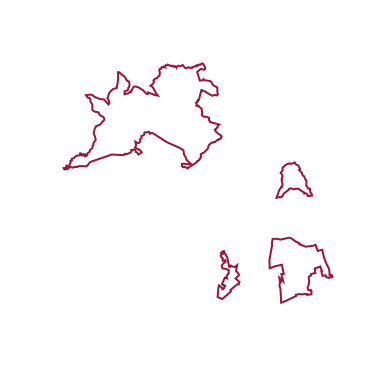 the district of Zimatlán de Álvarez, Oaxaca, Mexico, rotated 69°
{"feature_id": "50627088B8941621819676", "entity_name": "Zimatlán de Álvarez", "entity_type": "district", "adm_level": 2, "iso_a3": "MEX", "parent_name": "Mexico", "parent_adm1": "Oaxaca", "projection": "mercator", "projection_center": [-97.013, 16.759], "detail": "fine", "context": "isolated", "style": "outline", "palette": "rose", "viewbox_px": 384, "rotation_deg": 69, "n_neighbors": 0, "source": "geoboundaries", "source_scale": "gbopen_adm2", "svg_char_len": 5969}
<svg xmlns="http://www.w3.org/2000/svg" viewBox="0 0 384 384"><g transform="rotate(69 192 192)"><path d="M76.4,135.6L75.5,136.6L76.2,138.2L75.7,138.9L76.1,140.4L75.5,141.2L75.9,141.8L75.6,142.2L76.3,142.8L75.4,143.5L75.9,146.0L75.5,146.7L75.9,147.1L76.1,148.0L75.5,148.5L75.4,149.5L74.2,150.7L74.4,153.0L73.5,154.1L70.1,155.2L70.4,157.1L69.3,159.4L69.6,161.3L70.0,161.6L69.5,161.6L68.8,162.3L69.2,163.1L68.9,163.6L68.2,163.7L68.1,164.5L67.0,165.0L67.1,166.1L64.3,169.2L64.9,170.2L64.2,171.1L65.1,172.8L65.5,172.7L64.9,173.4L65.5,173.8L64.6,175.6L65.9,176.9L65.6,178.0L66.7,179.0L69.4,179.3L69.9,179.8L71.0,180.1L71.8,180.9L72.2,182.6L73.2,183.9L73.1,186.1L74.0,188.1L75.4,188.0L76.6,188.9L78.0,192.6L78.8,191.7L81.0,190.9L86.7,190.2L89.8,189.3L87.5,193.0L86.7,193.4L83.3,197.4L84.4,197.7L84.7,198.4L83.8,199.5L78.8,201.6L78.0,202.6L75.5,204.1L73.2,207.0L72.8,208.4L73.8,210.2L75.3,211.5L75.5,212.3L76.7,212.9L76.4,214.6L77.1,216.2L76.5,220.0L73.9,218.9L74.0,216.4L73.2,214.6L72.2,214.4L71.5,213.2L70.0,212.1L67.1,211.3L66.0,211.4L65.0,212.6L64.1,213.0L60.4,213.5L53.8,217.4L53.7,218.1L60.6,220.7L67.9,225.0L67.6,229.0L69.5,233.3L71.7,235.3L74.1,237.3L75.5,236.9L79.3,237.2L80.4,238.6L74.1,241.0L71.8,245.2L68.4,248.7L65.9,250.2L64.7,251.6L63.6,256.3L66.4,255.6L67.4,254.2L68.5,253.6L71.4,254.4L74.3,253.8L75.7,254.0L79.1,255.5L80.3,255.4L82.5,253.6L83.7,251.3L84.6,250.6L86.0,250.9L88.3,249.8L89.4,248.4L91.8,247.5L93.1,248.0L96.1,253.7L96.3,258.0L97.8,259.9L102.0,262.9L105.8,262.7L108.9,263.3L111.2,266.7L113.0,267.4L113.4,268.3L115.2,269.1L116.4,272.3L117.0,272.5L118.0,273.8L118.2,275.5L120.4,277.1L120.3,278.3L118.8,278.3L119.6,279.6L117.8,279.6L117.6,279.9L118.4,281.9L117.0,282.6L116.2,281.9L115.8,282.5L117.2,283.6L117.5,284.3L116.9,285.7L116.8,287.3L118.1,290.5L117.9,292.4L119.6,292.9L119.4,294.3L121.1,294.8L122.2,296.2L123.5,296.9L123.8,298.5L122.6,299.2L122.4,299.9L124.1,300.7L124.2,301.6L123.7,303.3L124.9,303.2L125.3,303.0L125.2,301.3L126.0,300.1L125.2,298.8L125.1,297.9L125.6,295.8L126.6,294.5L126.5,292.1L127.6,290.4L127.2,289.4L127.9,286.8L130.3,281.1L127.5,276.2L128.3,253.4L133.1,242.6L132.3,240.8L133.2,239.5L133.1,235.7L132.5,234.0L131.1,233.7L131.6,231.6L131.4,230.9L132.3,230.0L134.5,230.0L135.8,229.1L137.9,228.5L136.9,224.8L134.7,225.3L132.9,226.6L132.2,227.6L130.0,229.1L128.6,227.6L124.7,226.8L126.9,225.1L127.2,224.1L126.4,222.1L124.3,221.7L123.4,219.7L121.7,219.3L121.6,216.7L121.1,215.9L119.7,215.4L119.3,214.9L120.2,212.5L120.2,211.0L120.5,210.6L122.6,210.4L122.3,208.6L123.1,207.5L136.7,197.4L146.5,187.6L150.0,185.1L154.2,186.0L157.5,185.4L159.4,185.6L160.8,185.3L165.3,183.0L164.9,185.4L162.5,189.7L162.1,191.3L163.9,192.1L165.6,191.6L166.1,189.7L168.5,187.5L167.9,186.7L166.1,177.3L165.0,176.3L165.2,175.0L163.4,171.9L162.0,170.6L160.7,170.7L159.7,170.0L159.4,166.4L158.4,164.7L158.2,163.6L157.1,161.7L154.2,159.4L152.9,155.9L153.5,154.6L153.1,153.5L153.6,152.8L152.5,149.7L152.8,149.0L152.4,148.8L152.1,147.6L152.5,146.5L151.8,145.3L150.8,145.0L150.5,144.4L148.6,145.2L147.4,146.4L144.5,147.9L142.2,148.5L141.9,148.4L141.6,146.4L140.7,145.6L140.5,144.7L139.4,144.2L138.8,142.4L132.9,150.3L131.8,150.0L131.0,150.4L128.9,149.4L127.0,151.6L126.0,153.8L124.3,155.1L123.3,155.1L121.4,154.0L117.5,153.2L115.6,154.5L113.8,155.0L113.2,156.9L112.1,156.1L110.4,156.4L110.1,155.3L109.1,154.7L109.4,153.8L108.3,153.3L108.6,152.9L108.3,152.5L100.1,146.6L100.3,146.2L101.6,145.7L102.8,143.6L104.3,142.9L109.4,138.6L109.6,135.9L110.8,134.0L110.3,132.9L108.1,132.6L103.6,131.0L99.7,134.0L96.0,134.6L94.9,135.4L92.2,140.1L90.9,140.8L91.7,141.5L90.8,144.8L81.9,144.2L80.3,140.1L80.5,139.1L82.1,137.2L81.8,135.6L79.7,135.2L76.4,135.6ZM270.7,136.5L283.2,144.1L291.1,146.8L291.1,141.2L292.1,134.2L301.3,135.7L300.6,138.0L308.2,138.9L303.3,141.2L307.2,142.1L307.2,141.2L307.5,141.2L308.1,141.5L308.4,142.6L311.2,144.0L314.3,144.2L327.3,148.4L327.3,143.7L326.4,132.0L325.1,131.9L325.8,128.2L327.1,125.8L327.5,123.3L328.6,121.0L329.4,121.3L330.3,117.2L327.1,115.9L326.8,116.3L326.1,116.2L326.0,117.7L325.5,117.7L324.9,118.5L323.6,118.6L322.6,118.2L319.6,115.7L318.0,115.2L317.4,114.7L313.2,113.5L312.6,112.4L312.6,110.9L311.2,110.0L311.8,105.9L308.2,105.1L308.2,104.7L307.4,104.5L307.6,98.9L312.4,99.1L312.4,99.7L317.0,100.2L317.7,97.1L319.1,97.4L320.6,96.0L319.5,95.6L320.6,95.9L320.9,95.6L321.8,91.6L320.1,91.2L319.8,92.3L319.1,92.2L318.9,93.3L313.2,91.6L306.6,92.3L299.8,92.2L292.6,91.1L292.0,95.7L285.4,95.7L285.7,97.3L285.5,98.8L283.8,105.5L279.1,110.6L278.4,110.1L275.0,113.3L271.0,115.7L269.4,117.9L268.2,126.4L266.3,129.1L264.7,133.5L267.9,135.5L270.7,136.5ZM200.6,96.1L201.2,96.7L201.4,98.0L202.4,99.1L204.2,99.6L205.9,102.4L206.8,101.9L209.7,101.7L211.7,103.5L212.2,103.3L213.4,104.2L217.9,104.9L219.0,106.6L219.7,106.5L219.5,107.1L221.5,109.9L227.7,115.1L228.2,111.8L228.6,111.1L228.5,109.1L226.5,107.3L224.5,100.8L223.9,100.4L223.9,98.6L226.1,95.7L226.0,94.2L227.1,91.4L230.4,89.3L233.3,86.9L233.7,87.5L234.5,85.9L235.5,85.1L237.3,85.3L238.4,81.4L236.3,80.9L234.8,81.7L231.1,80.7L230.3,82.4L228.0,82.6L227.0,83.1L222.8,81.1L219.8,81.8L217.7,81.5L217.2,82.2L215.4,82.8L213.5,82.5L209.8,84.2L209.5,83.0L209.1,82.9L205.4,83.3L203.5,85.1L201.2,85.6L201.4,87.0L201.1,89.3L201.0,90.1L200.3,90.6L200.1,93.1L200.6,96.1ZM286.3,177.7L284.2,178.1L281.5,179.2L276.5,176.1L277.4,178.8L276.0,181.1L274.6,182.1L275.6,183.3L275.6,183.9L274.6,184.0L265.4,182.5L260.3,183.4L258.6,183.3L258.4,184.1L259.1,186.3L260.5,184.6L260.8,184.6L260.4,186.7L261.2,187.7L263.1,188.0L265.1,187.0L266.1,187.8L267.3,187.9L267.7,186.4L267.5,185.4L269.2,185.6L269.9,188.2L271.3,190.7L274.3,191.0L275.8,188.0L278.2,185.7L281.2,187.1L281.7,187.4L281.4,187.9L283.1,190.0L285.2,190.2L283.8,192.1L288.8,197.1L289.8,196.6L290.0,195.9L291.3,195.4L291.6,194.8L294.0,197.7L293.7,198.3L291.9,198.6L288.9,200.3L290.9,201.7L299.2,205.7L302.8,202.1L298.8,191.3L297.3,191.4L294.2,181.9L294.9,181.4L293.0,179.9L288.4,182.3L286.3,177.7Z" fill="none" stroke="#9f1239" stroke-width="2"/></g></svg>